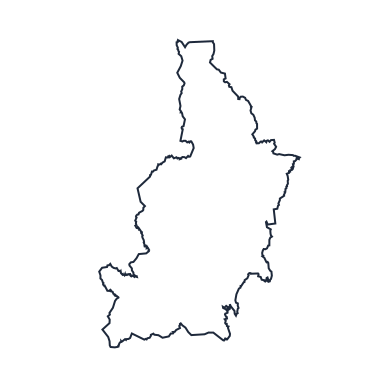 outline of Karaga, Northern, Ghana, rotated 170°
{"feature_id": "2480657B76285553918092", "entity_name": "Karaga", "entity_type": "district", "adm_level": 2, "iso_a3": "GHA", "parent_name": "Ghana", "parent_adm1": "Northern", "projection": "natural_earth1", "projection_center": [-0.451, 9.918], "detail": "fine", "context": "isolated", "style": "outline", "palette": "slate", "viewbox_px": 384, "rotation_deg": 170, "n_neighbors": 0, "source": "geoboundaries", "source_scale": "gbopen_adm2", "svg_char_len": 5997}
<svg xmlns="http://www.w3.org/2000/svg" viewBox="0 0 384 384"><g transform="rotate(170 192 192)"><path d="M178.9,343.6L179.2,343.1L179.6,343.8L180.6,342.0L181.2,342.0L181.6,339.2L180.9,336.6L181.5,335.4L180.9,334.8L181.0,333.5L180.4,332.3L181.2,330.4L179.0,327.6L178.5,323.0L181.2,317.9L185.8,312.0L184.2,306.6L180.6,301.3L180.5,300.2L181.6,298.4L183.3,297.5L183.7,295.0L185.2,292.8L185.0,291.2L186.5,289.7L188.5,285.8L188.4,278.7L189.8,275.4L188.9,273.5L189.3,272.4L188.5,272.4L188.1,271.3L188.0,268.1L186.3,264.8L188.9,258.3L190.5,258.0L191.1,257.1L191.0,256.0L190.2,255.4L194.5,244.4L192.7,243.4L191.4,243.9L189.4,243.5L188.1,241.7L186.4,242.2L186.0,241.2L184.5,242.2L183.9,242.0L182.7,238.5L182.7,235.0L187.6,227.3L188.9,227.2L189.6,228.2L192.0,226.4L193.3,227.6L195.2,228.1L196.5,227.6L196.7,226.7L198.5,226.4L198.4,227.4L199.7,228.0L200.6,227.6L201.3,228.9L204.0,228.3L205.7,231.4L207.4,230.4L207.9,231.2L208.6,230.3L209.2,231.2L210.0,230.2L211.7,230.7L213.6,226.9L215.9,226.1L217.4,224.8L217.8,225.3L218.9,224.7L220.5,225.1L220.6,224.0L221.4,223.4L223.1,220.1L225.7,219.8L227.0,218.8L227.9,219.1L229.4,216.1L230.4,215.9L230.6,214.5L245.0,205.1L244.3,191.3L240.8,186.3L242.6,185.0L243.1,182.8L244.0,182.0L247.7,180.8L248.6,179.2L249.7,179.3L251.0,178.4L251.5,177.3L251.0,176.5L252.9,173.6L252.1,172.4L252.7,171.1L252.5,169.2L253.7,168.7L252.8,166.2L251.9,165.8L251.4,166.9L251.1,166.5L250.3,165.0L250.6,164.0L249.8,163.8L249.1,162.2L249.1,160.6L248.4,160.7L248.7,159.7L248.1,157.7L248.7,157.2L248.7,155.7L247.9,153.0L247.9,150.9L248.3,150.7L247.8,147.8L247.4,147.6L248.1,147.4L248.1,146.6L245.8,145.9L246.4,144.4L245.1,144.5L244.3,142.3L245.1,141.6L244.9,141.1L247.8,139.5L255.2,140.1L258.1,136.5L261.8,133.3L264.5,133.3L266.3,131.8L266.3,130.4L264.5,127.2L264.8,125.2L263.7,122.8L263.9,121.0L261.8,118.7L261.1,118.7L261.0,117.9L263.0,118.9L263.5,118.4L264.7,119.9L266.4,119.4L266.9,119.9L266.8,121.0L267.8,121.3L267.5,122.0L269.3,122.2L270.3,121.6L271.0,122.2L271.4,121.7L272.3,122.0L272.3,122.6L272.9,121.7L273.3,122.4L274.3,122.3L274.4,123.2L275.0,122.9L276.0,124.4L276.0,126.4L276.4,126.0L277.2,127.0L278.1,127.0L279.3,130.2L280.5,130.0L282.4,130.9L284.0,132.5L285.0,135.4L286.4,134.3L288.0,134.4L288.7,132.9L293.7,133.0L297.2,129.7L296.6,125.8L297.2,122.7L295.9,121.0L295.5,118.2L295.0,117.7L295.6,116.7L295.3,115.6L294.3,115.1L294.5,114.3L293.9,113.9L292.5,109.4L290.7,109.0L289.4,109.9L288.8,109.1L289.2,108.3L287.5,107.5L287.1,105.4L285.5,104.3L286.1,103.7L285.7,103.1L284.0,102.5L283.2,101.4L283.0,101.9L283.1,101.1L282.0,101.1L284.7,100.0L286.7,98.1L290.0,91.7L294.3,87.2L294.2,85.5L296.5,84.2L295.2,80.7L296.0,77.2L304.1,72.1L299.7,63.8L299.1,59.4L299.6,55.2L299.1,53.5L295.0,52.4L292.0,52.4L291.5,53.2L291.1,52.9L289.9,55.5L288.8,56.5L287.7,56.6L287.6,57.4L287.3,56.9L286.6,57.0L283.5,58.7L282.7,57.8L282.2,58.5L280.0,58.3L278.3,59.0L275.8,63.1L264.6,54.9L263.3,55.4L262.3,54.7L261.4,55.7L259.0,55.8L257.5,57.5L257.3,58.5L254.6,59.2L253.9,58.0L249.9,56.8L246.3,53.6L239.9,53.8L237.5,56.3L235.3,56.0L234.3,57.0L234.6,57.4L233.3,57.3L231.5,58.9L227.5,60.1L227.8,62.3L227.0,63.0L226.8,64.2L225.9,64.6L224.6,62.3L222.0,59.6L220.0,54.7L217.5,51.2L204.3,49.7L200.1,50.7L195.4,49.8L187.1,40.6L186.3,40.2L184.7,42.0L184.0,41.6L184.1,40.9L183.0,40.7L179.8,43.7L179.2,45.7L180.2,52.1L179.4,53.2L180.9,54.0L180.7,56.1L181.7,56.3L182.1,57.3L181.1,59.3L181.9,61.0L179.5,61.3L179.5,62.9L180.1,63.2L180.8,65.6L180.4,66.4L178.0,66.9L177.7,67.9L179.0,70.6L181.5,72.4L181.5,73.6L180.2,72.4L178.1,73.9L176.9,72.6L177.3,71.5L176.3,72.0L176.7,69.6L175.0,70.4L174.2,74.9L173.6,72.6L170.8,67.5L171.1,64.7L170.2,62.6L169.1,64.5L168.1,64.7L168.2,66.5L167.1,69.2L166.3,69.7L166.7,72.2L166.2,74.3L167.9,75.4L168.1,77.9L166.0,83.6L162.6,88.7L160.9,89.4L160.5,90.9L160.0,90.7L156.7,94.2L156.0,94.2L155.4,96.1L152.5,97.4L150.7,100.2L151.0,101.2L149.6,102.2L148.4,101.9L148.3,101.3L141.1,100.3L140.7,99.5L141.5,97.5L139.1,96.4L138.6,93.5L136.0,92.5L136.1,91.7L135.4,91.1L134.3,91.7L133.4,94.4L132.5,94.7L132.1,91.9L132.8,91.0L132.4,90.3L130.9,90.5L130.3,92.0L129.3,92.7L127.9,95.7L127.6,99.8L128.6,100.8L129.7,103.5L129.2,108.9L129.7,110.0L130.6,109.7L131.0,110.3L132.2,114.7L133.9,116.5L133.0,117.0L133.6,117.7L133.5,119.8L132.4,122.1L131.3,123.4L129.7,122.9L127.9,123.5L126.3,126.0L125.1,126.0L124.1,131.5L122.8,133.5L121.0,134.2L121.8,135.6L121.9,137.3L121.6,140.3L120.9,141.5L124.3,144.3L124.4,149.5L123.8,149.9L123.0,146.8L115.4,146.5L114.5,160.7L110.9,160.7L109.7,163.5L108.6,164.2L108.9,165.7L106.9,168.7L106.6,170.3L101.9,172.3L102.0,173.2L100.7,174.9L100.8,175.8L100.1,175.9L99.4,178.8L98.4,179.3L98.2,180.8L97.4,181.1L97.4,182.1L96.1,183.5L95.8,186.4L95.1,187.3L95.0,191.2L95.5,193.5L93.1,194.0L92.9,195.5L91.8,195.1L91.6,196.3L90.1,196.4L90.0,197.2L89.6,196.8L89.1,197.7L88.7,197.4L87.8,199.1L88.9,199.4L87.6,200.2L87.8,201.9L86.8,202.1L86.4,204.5L85.2,204.5L83.6,205.7L83.2,206.9L81.1,205.8L80.9,206.6L79.9,207.3L84.2,209.8L85.6,210.0L86.2,210.8L90.5,211.9L94.5,212.1L99.6,214.2L101.6,214.0L105.1,215.9L105.1,217.3L105.8,218.2L102.9,219.8L101.3,221.9L102.8,225.3L102.0,226.2L102.2,229.1L105.2,229.4L106.9,228.0L108.3,229.7L109.7,229.4L110.2,228.2L112.0,230.3L114.3,228.7L114.7,229.6L115.7,229.7L117.6,228.4L120.0,228.7L120.3,229.8L119.8,229.9L120.0,231.1L120.8,232.1L120.6,233.7L121.7,234.9L121.5,235.7L122.6,238.3L119.4,240.9L118.7,242.4L116.9,243.1L116.1,247.8L116.6,248.5L116.5,250.3L117.5,251.6L117.4,254.3L118.2,257.4L119.9,259.2L120.2,262.1L118.6,265.4L119.2,265.6L119.0,266.5L120.9,271.9L122.9,273.4L123.3,275.5L125.3,277.1L127.3,277.4L128.7,276.4L129.1,275.2L130.3,275.5L130.0,278.0L134.5,284.7L135.0,288.4L137.0,289.1L137.2,290.5L136.3,291.6L138.5,294.4L140.3,294.3L141.4,295.4L141.1,297.4L139.2,298.0L139.0,302.9L142.8,304.6L144.4,307.8L146.2,308.5L151.8,316.4L150.7,318.9L148.6,319.6L148.5,322.3L146.9,324.1L145.5,327.4L144.6,333.8L145.5,335.9L145.3,336.9L168.1,339.9L169.5,339.7L171.8,338.0L173.7,335.8L176.2,341.6L178.9,343.6Z" fill="none" stroke="#1e293b" stroke-width="2"/></g></svg>